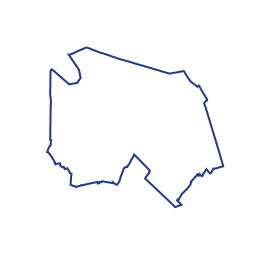 outline of Opmeer, Noord-Holland, Netherlands, rotated 71°
{"feature_id": "6326949B74577576920447", "entity_name": "Opmeer", "entity_type": "district", "adm_level": 2, "iso_a3": "NLD", "parent_name": "Netherlands", "parent_adm1": "Noord-Holland", "projection": "equal_earth", "projection_center": [4.959, 52.714], "detail": "fine", "context": "isolated", "style": "outline", "palette": "blue", "viewbox_px": 256, "rotation_deg": 71, "n_neighbors": 0, "source": "geoboundaries", "source_scale": "gbopen_adm2", "svg_char_len": 5301}
<svg xmlns="http://www.w3.org/2000/svg" viewBox="0 0 256 256"><g transform="rotate(71 128 128)"><path d="M195.2,50.4L179.2,49.6L134.0,47.9L133.5,47.9L132.6,48.0L129.3,47.9L128.0,46.3L127.6,44.3L127.0,43.8L122.3,44.8L121.3,45.2L119.9,45.4L117.2,46.0L114.3,46.6L113.6,46.6L113.2,46.7L112.8,46.7L112.7,46.8L112.4,47.0L112.1,47.2L111.7,47.0L111.0,47.2L111.2,48.7L111.4,48.9L110.9,49.3L109.4,50.3L104.5,53.7L103.3,54.0L101.9,54.4L100.0,55.0L94.6,56.2L94.0,56.3L92.8,56.5L92.6,56.6L92.4,56.7L92.2,57.7L92.1,58.4L91.9,59.5L91.4,62.7L91.2,64.2L90.8,66.6L90.5,68.0L90.3,70.4L90.0,71.1L89.9,71.3L88.3,73.6L87.2,75.1L86.0,76.9L85.8,77.2L85.2,77.9L84.9,78.4L84.5,78.9L83.6,80.1L83.4,80.3L82.7,81.4L82.4,81.8L81.6,83.1L81.3,83.5L80.6,84.4L80.3,84.8L79.9,85.5L78.5,87.2L75.5,91.6L74.4,93.0L72.2,96.3L67.6,102.7L63.9,107.9L63.5,108.5L59.4,114.4L58.6,115.4L56.3,118.3L54.5,120.7L52.6,123.0L51.5,124.5L49.9,126.5L48.7,128.1L48.3,129.0L47.6,129.9L44.5,133.6L39.7,139.2L38.5,140.9L38.3,141.3L38.2,141.5L37.8,141.5L38.0,141.6L38.2,141.8L38.4,143.2L38.4,143.4L38.5,144.4L38.6,145.1L38.7,147.5L38.8,148.7L39.0,151.4L39.1,152.5L39.3,154.1L39.5,154.9L39.5,155.4L39.6,156.0L39.5,156.9L39.6,157.7L39.6,159.6L39.6,159.9L39.5,160.1L56.9,155.5L57.3,155.4L60.2,155.8L61.3,156.0L63.4,156.3L64.9,156.5L65.3,156.6L65.6,157.0L67.0,159.0L68.7,161.3L68.8,161.3L68.8,161.5L68.0,166.4L67.9,166.9L67.8,168.0L67.6,168.7L67.5,169.5L67.2,169.6L49.9,179.6L49.0,180.2L48.3,180.7L48.0,180.8L47.7,180.9L47.7,181.1L47.8,181.3L48.4,182.2L48.7,182.6L50.4,183.3L52.7,184.0L56.1,185.3L64.5,188.3L67.9,189.6L69.6,190.2L69.8,190.4L70.1,190.4L71.2,190.8L71.8,190.9L73.6,191.2L74.6,191.4L78.3,192.4L82.2,194.0L83.3,194.3L84.9,195.0L86.4,195.5L88.3,196.3L89.8,196.7L92.1,197.6L100.8,200.7L105.1,202.4L106.6,202.8L107.3,203.0L107.9,203.2L112.1,204.8L113.6,205.4L114.1,204.7L119.0,206.7L118.9,206.9L121.3,209.9L124.4,212.2L124.5,211.6L124.6,211.4L124.9,211.3L125.7,211.0L127.9,210.4L128.2,210.2L128.5,210.1L130.3,209.6L131.2,209.4L131.9,209.3L132.5,209.2L133.3,208.9L133.6,208.8L133.8,208.9L134.0,208.9L134.8,208.8L135.2,208.6L136.2,208.4L136.9,208.2L137.0,208.2L137.2,208.4L137.3,208.6L137.7,208.6L138.7,208.3L138.9,208.2L138.6,207.7L138.6,207.4L138.7,206.8L138.8,206.2L138.8,205.6L139.0,205.4L139.2,204.6L139.3,204.3L139.4,203.6L139.5,203.6L139.8,203.7L139.9,203.8L141.5,204.4L142.1,204.0L142.5,203.7L142.9,203.4L143.4,203.2L143.6,203.1L143.7,202.9L143.7,201.5L145.0,201.5L145.1,201.4L145.1,201.2L146.2,201.2L146.2,199.5L146.3,198.5L146.7,198.5L147.2,198.4L148.1,198.2L148.6,198.1L149.1,198.0L149.3,197.8L150.3,197.6L150.7,197.6L151.5,197.8L152.0,197.2L153.0,196.3L154.0,196.8L154.7,197.3L163.0,200.8L165.9,197.5L165.9,197.4L165.8,197.2L166.6,196.3L166.9,196.2L166.7,195.9L166.8,195.4L167.1,191.4L166.8,191.1L166.8,190.9L167.1,190.6L167.2,190.4L167.4,188.1L167.7,185.9L167.9,183.6L168.2,181.5L168.3,180.5L168.4,179.6L168.5,179.0L168.6,178.4L168.6,177.7L168.8,176.6L168.9,174.7L169.2,174.6L169.6,174.6L170.6,174.7L170.7,173.8L170.7,173.5L170.7,173.3L170.3,173.3L170.3,172.7L169.8,172.6L169.9,171.5L170.0,171.5L170.3,171.4L170.4,170.3L170.4,170.1L170.1,170.0L170.0,169.9L170.6,168.6L172.0,166.2L173.6,163.2L175.3,160.2L174.3,160.0L178.0,157.4L177.9,157.3L177.9,157.2L177.9,156.8L177.7,156.4L177.6,156.1L177.3,155.5L176.6,154.8L175.9,153.9L175.7,153.8L175.3,153.3L174.8,153.0L174.4,152.5L174.2,152.3L173.5,151.9L173.2,151.7L172.9,151.6L172.7,151.6L171.9,150.8L171.5,150.6L170.9,150.0L170.7,150.0L170.6,149.8L169.9,149.3L169.8,149.2L169.6,148.8L169.5,148.7L169.4,148.7L169.2,148.5L168.8,148.4L168.7,148.3L168.6,148.2L168.4,148.1L167.8,147.6L167.7,147.5L167.7,147.3L167.5,147.0L166.3,146.2L166.1,146.2L165.7,146.0L165.7,145.8L165.5,145.6L165.4,145.5L164.7,144.8L164.6,144.6L164.4,143.9L164.4,143.7L164.2,143.2L164.2,142.9L164.3,142.7L164.3,142.4L164.4,142.2L164.5,142.2L164.6,141.5L164.5,141.4L164.3,141.0L164.0,141.0L163.9,140.9L163.7,140.7L163.5,140.4L163.4,140.2L163.1,139.7L163.0,139.3L162.9,139.1L162.7,138.7L162.4,138.4L159.5,135.6L159.1,135.3L157.3,132.8L156.9,132.5L155.1,130.8L158.4,129.2L175.4,121.2L176.6,122.5L177.1,122.3L177.5,122.7L180.1,127.0L181.4,128.3L185.7,126.0L191.1,123.1L199.7,118.6L203.1,116.9L203.3,116.8L206.2,115.2L211.0,112.7L218.2,109.1L218.1,107.6L218.1,107.4L218.1,107.2L218.1,106.9L218.1,106.6L218.0,106.1L218.1,105.9L218.1,105.7L218.0,104.6L218.0,104.0L218.1,103.8L218.1,103.5L218.1,103.4L218.0,103.2L218.0,102.4L212.7,105.0L212.4,105.2L212.1,104.9L211.7,104.4L212.4,103.9L212.2,103.6L212.2,103.4L212.0,103.2L211.8,102.9L210.6,101.7L209.2,99.9L208.6,99.4L208.3,99.1L207.8,98.6L207.0,96.4L206.9,96.3L206.1,94.9L204.8,91.7L204.4,91.2L202.1,87.7L201.8,87.4L200.9,86.8L200.6,86.5L200.3,86.3L200.2,86.2L199.9,85.9L199.5,86.1L199.0,85.5L198.7,85.0L196.1,80.1L195.7,79.6L195.7,79.4L195.8,79.3L195.8,79.2L194.4,77.4L196.1,76.7L195.9,76.5L195.5,76.3L194.9,75.6L194.7,75.4L197.6,74.1L197.6,73.5L197.2,72.7L196.9,72.5L196.6,72.4L196.3,72.2L196.0,72.0L196.0,71.9L196.0,71.7L195.6,71.1L195.3,71.1L195.0,70.5L194.9,70.3L194.8,70.2L194.7,70.1L194.4,69.6L193.4,68.3L192.7,67.4L192.5,67.2L197.3,65.5L197.7,65.3L197.6,64.5L197.6,64.3L197.5,64.2L197.3,64.0L196.9,63.4L196.7,63.1L196.5,62.9L196.1,62.8L195.6,62.0L195.1,61.7L194.9,61.3L194.6,61.1L194.4,60.7L194.1,60.4L194.7,59.7L195.2,50.4Z" fill="none" stroke="#1e3a8a" stroke-width="2"/></g></svg>